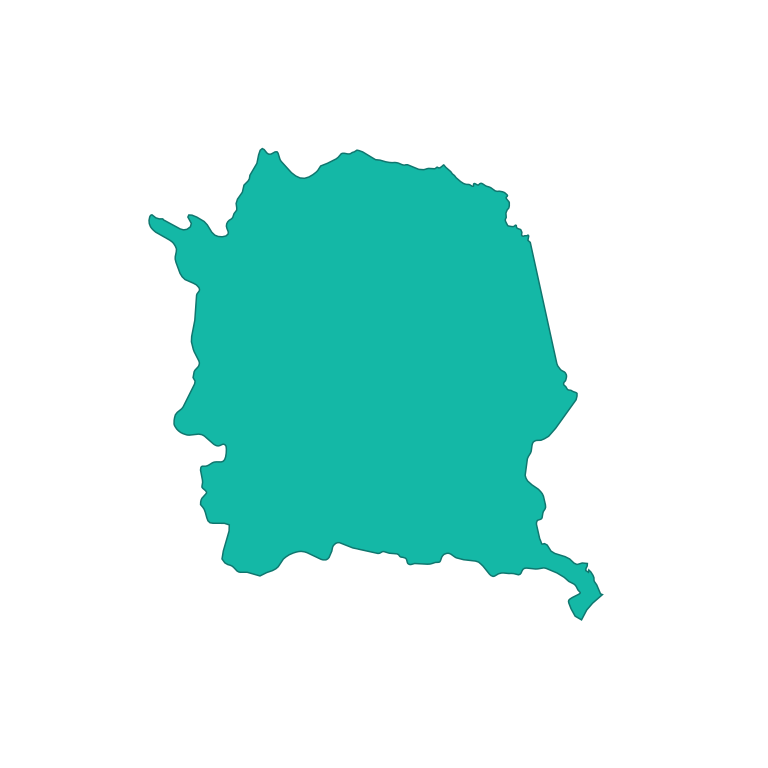 the Prefecture of Haute-Kotto, rotated 290°
{"feature_id": "CAF-866", "entity_name": "Haute-Kotto", "entity_type": "Prefecture", "adm_level": 1, "iso_a3": "CAF", "parent_name": "Central African Republic", "parent_adm1": "", "projection": "robinson", "projection_center": [22.992, 7.358], "detail": "fine", "context": "isolated", "style": "filled", "palette": "teal", "viewbox_px": 768, "rotation_deg": 290, "n_neighbors": 0, "source": "natural_earth", "source_scale": "10m", "svg_char_len": 6171}
<svg xmlns="http://www.w3.org/2000/svg" viewBox="0 0 768 768"><g transform="rotate(290 384 384)"><path d="M463.5,119.6L462.8,120.7L460.0,139.5L460.3,143.0L462.0,146.0L465.5,148.3L469.0,148.0L473.8,142.6L476.1,142.8L477.0,145.9L476.8,151.1L475.2,159.4L473.1,163.5L467.7,170.3L466.0,174.1L465.9,177.7L467.0,181.6L469.0,184.8L471.6,186.2L473.6,185.7L476.6,183.1L478.4,181.9L480.8,181.4L483.0,181.7L485.0,182.6L487.0,184.2L488.7,184.9L492.8,184.8L497.0,186.1L499.1,185.4L503.1,183.3L507.6,183.1L515.8,185.3L523.0,184.4L528.2,186.8L530.7,187.3L534.3,186.6L547.9,189.1L556.5,187.8L561.3,187.7L563.6,189.1L563.3,191.2L561.0,195.0L560.5,197.1L561.4,199.2L564.9,202.3L565.6,204.1L564.7,205.5L559.4,209.5L558.1,211.1L550.9,224.8L549.3,229.9L548.9,234.6L550.1,239.0L552.9,242.7L556.4,245.6L559.9,247.8L561.9,248.7L567.2,249.9L572.1,255.4L579.1,262.0L581.3,263.4L585.8,265.1L586.7,266.3L587.3,268.1L587.8,271.3L588.4,272.9L589.1,273.8L590.7,275.0L592.0,276.7L594.5,278.6L594.8,280.8L594.8,284.6L591.9,299.3L593.0,303.7L593.4,309.7L594.0,313.1L594.8,316.0L595.9,318.5L596.3,320.3L596.5,322.1L596.3,325.7L596.4,327.3L596.7,328.5L597.5,329.6L598.1,331.2L597.6,343.3L598.9,347.8L599.6,349.0L601.1,350.9L601.9,352.3L603.6,358.0L604.1,358.5L605.8,359.6L606.0,360.2L605.7,361.1L606.2,362.6L608.5,364.1L610.2,365.0L610.3,365.3L608.7,368.1L606.4,374.1L604.8,376.4L604.0,378.9L602.5,381.2L600.4,386.8L599.7,389.8L599.6,391.4L599.8,393.3L600.5,395.4L600.6,396.3L600.0,399.2L600.2,400.0L600.6,400.4L602.4,399.8L602.9,399.9L603.3,400.3L603.4,401.1L603.0,403.8L603.2,404.5L603.7,404.9L605.0,405.5L605.8,406.5L605.9,407.5L605.7,408.8L605.1,411.2L604.9,412.6L605.1,415.4L605.0,417.2L603.5,422.4L603.7,424.4L604.6,426.3L605.2,429.7L605.1,431.9L603.9,434.9L603.3,435.6L602.5,435.6L601.3,435.0L600.6,435.1L599.9,435.8L597.8,439.3L597.3,439.7L594.3,440.8L592.1,441.1L589.6,440.2L586.8,440.1L586.1,440.2L582.3,441.9L580.1,441.7L579.1,442.1L578.1,442.9L575.5,445.7L575.0,446.6L575.6,450.0L576.0,451.5L576.9,452.5L578.1,453.1L578.3,453.5L578.2,454.1L576.7,454.8L576.1,455.5L575.8,457.1L575.9,459.0L575.8,459.7L573.7,461.7L571.5,462.2L570.8,462.6L570.4,463.2L570.5,464.4L571.5,465.6L572.2,467.6L573.1,468.3L573.1,468.8L572.5,469.4L568.2,470.1L567.1,473.0L462.2,539.5L460.4,541.1L457.8,545.1L457.4,546.6L457.0,549.5L456.4,550.7L455.0,552.2L453.9,552.8L452.9,553.1L450.6,553.4L449.1,553.4L447.0,552.5L445.6,552.7L444.9,553.1L444.4,553.8L443.7,555.7L441.8,558.0L441.5,558.9L441.5,559.7L442.0,561.8L441.6,564.0L441.6,567.4L441.2,568.6L438.7,569.5L434.9,569.9L401.0,560.4L391.2,556.6L387.3,553.4L384.8,550.7L383.4,547.2L382.8,546.0L381.4,544.7L380.4,544.1L378.8,543.9L376.8,544.1L371.3,545.3L369.2,545.3L365.4,544.5L362.8,544.3L346.4,547.9L344.0,549.7L342.0,552.1L339.9,557.3L337.9,565.1L336.3,568.3L335.0,570.3L333.1,572.2L325.7,577.0L323.5,578.0L321.8,578.1L318.8,577.4L317.3,577.4L312.4,578.3L311.3,578.1L310.4,577.4L308.8,575.3L307.9,574.7L305.9,574.7L304.2,575.3L291.9,583.2L290.0,585.0L287.7,586.9L287.9,587.9L288.9,589.4L288.5,592.4L284.1,598.1L283.2,602.5L283.7,613.2L283.1,618.3L280.7,623.8L280.4,626.9L280.9,627.9L283.6,631.5L284.9,636.5L282.5,637.2L279.8,636.9L277.7,637.4L277.0,640.5L279.3,640.1L278.1,642.7L275.7,645.8L273.8,647.5L271.3,648.5L270.3,649.3L268.0,652.6L260.9,659.2L260.8,661.3L249.4,655.0L241.0,651.8L229.9,650.3L231.2,643.0L236.8,636.6L241.5,632.5L242.9,631.7L244.1,631.6L245.6,632.3L247.8,634.0L252.8,638.7L254.3,639.8L255.2,639.7L256.7,636.8L259.5,633.8L260.5,632.2L261.0,630.7L261.7,625.2L264.0,619.3L265.6,611.2L266.2,599.4L265.9,597.1L262.9,591.8L262.0,589.7L259.8,580.9L258.9,579.1L257.4,578.0L255.4,577.6L253.3,577.5L251.7,576.9L250.7,575.6L250.2,570.8L249.6,568.6L248.6,566.1L247.4,561.3L246.6,559.1L244.8,556.5L241.3,553.6L240.5,552.3L240.6,550.1L241.4,548.1L246.7,539.4L248.0,536.5L249.0,533.8L248.9,530.5L246.1,518.8L245.4,511.3L245.6,510.0L247.0,505.0L247.1,503.6L246.9,502.1L246.2,500.7L244.5,498.7L242.8,497.9L241.3,497.5L237.1,497.5L236.1,497.3L235.4,496.7L234.8,495.5L233.9,493.3L231.7,490.5L230.5,488.7L229.5,486.3L225.8,474.2L223.8,471.4L223.2,470.2L223.2,468.7L223.5,467.8L224.1,467.1L226.8,465.2L227.4,464.4L227.7,463.5L227.6,461.1L227.2,459.3L227.2,458.5L227.5,457.7L228.5,456.2L228.7,455.4L228.8,454.2L226.8,446.8L226.5,441.1L225.9,439.8L223.5,437.8L222.7,436.3L219.3,410.7L219.7,396.5L219.0,394.6L217.7,393.1L214.9,391.7L213.1,391.5L209.1,392.1L202.2,391.7L200.3,390.9L198.9,389.6L197.9,386.9L197.7,384.9L199.2,369.3L199.1,366.7L198.4,363.4L197.4,361.2L196.1,359.1L194.2,356.6L191.2,353.4L188.0,351.0L185.1,349.3L176.1,347.1L173.4,345.6L170.5,343.0L166.7,338.3L161.2,333.1L160.3,319.8L157.9,313.3L157.7,311.7L158.0,309.9L160.3,305.3L160.9,303.6L161.1,301.6L160.9,298.9L161.5,295.6L164.2,291.6L172.2,290.1L192.9,288.7L198.7,286.8L198.5,281.6L194.7,271.1L194.1,268.0L195.2,265.4L197.6,263.3L202.4,259.9L204.8,257.8L206.2,255.9L207.9,252.9L210.4,252.1L212.5,251.8L214.4,252.0L220.6,254.5L221.7,254.2L222.7,252.8L224.0,249.4L224.7,248.3L225.7,247.9L229.5,247.2L231.7,246.2L240.4,241.0L242.8,240.5L243.9,240.7L244.6,241.4L245.8,244.6L246.8,246.0L248.2,247.3L251.3,249.7L252.5,251.1L253.5,253.1L255.1,257.7L256.4,259.3L258.4,260.1L261.4,260.1L265.0,259.4L268.8,258.2L271.5,256.9L272.6,255.2L272.6,253.8L272.0,252.8L270.2,251.0L269.3,249.8L268.8,248.2L268.8,246.5L269.2,244.5L273.6,233.2L273.9,231.9L274.1,230.0L273.5,226.9L269.4,218.6L268.9,217.0L268.7,215.8L268.6,212.2L268.9,209.5L269.7,206.9L270.8,204.6L272.5,202.3L273.6,201.1L274.6,200.4L278.1,199.2L280.8,198.7L283.7,198.5L286.6,199.4L291.6,202.4L293.9,203.1L319.2,206.0L321.1,205.7L322.2,205.4L324.7,202.4L330.5,201.4L332.2,201.6L336.5,203.4L337.7,203.7L339.7,203.6L340.9,203.2L342.3,202.2L349.4,194.6L351.4,192.9L357.8,188.6L362.9,187.0L379.3,184.4L403.4,177.5L404.8,177.5L408.5,178.6L410.0,178.2L411.3,177.1L413.0,173.8L413.5,170.5L414.1,161.3L415.7,157.7L418.2,154.5L427.2,146.9L429.9,145.1L432.2,144.3L437.1,143.6L439.6,142.9L440.4,142.4L442.3,140.6L444.2,138.1L445.1,136.2L445.9,133.4L448.6,117.5L449.7,114.6L450.8,112.4L451.9,110.8L454.4,108.6L457.5,107.2L460.9,106.7L462.3,106.9L463.2,107.4L463.6,108.2L462.1,112.8L462.3,116.4L463.5,119.6Z" fill="#14b8a6" stroke="#0f766e" stroke-width="1.5"/></g></svg>